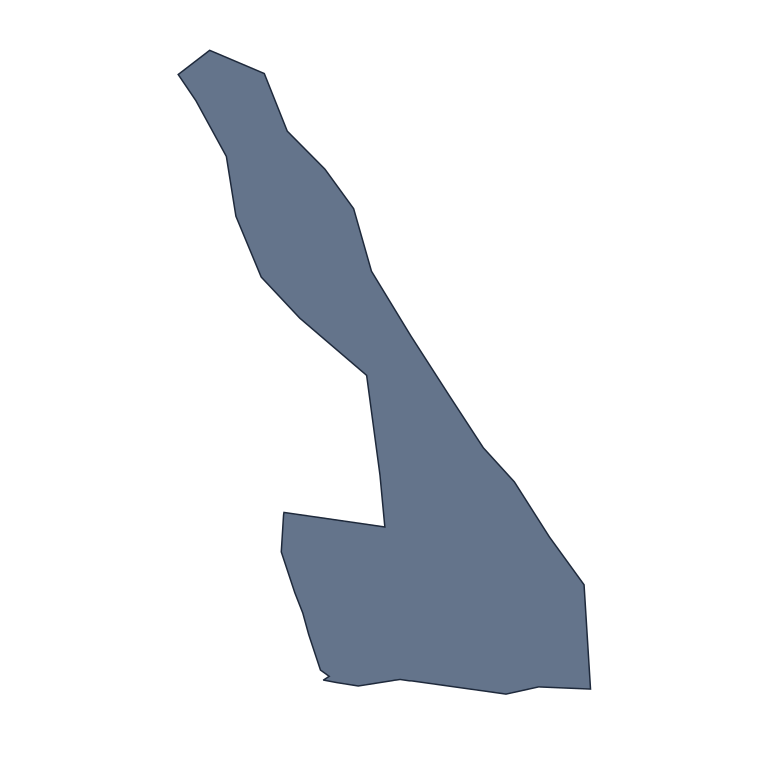 Avaza, Balkan, Turkmenistan (Mercator projection), rotated 189°
{"feature_id": "10190150B47051626377462", "entity_name": "Avaza", "entity_type": "district", "adm_level": 2, "iso_a3": "TKM", "parent_name": "Turkmenistan", "parent_adm1": "Balkan", "projection": "mercator", "projection_center": [52.922, 39.907], "detail": "fine", "context": "isolated", "style": "filled", "palette": "slate", "viewbox_px": 768, "rotation_deg": 189, "n_neighbors": 0, "source": "geoboundaries", "source_scale": "gbopen_adm2", "svg_char_len": 686}
<svg xmlns="http://www.w3.org/2000/svg" viewBox="0 0 768 768"><g transform="rotate(189 384 384)"><path d="M182.3,109.2L132.3,115.0L155.0,217.0L196.7,258.8L239.9,307.7L275.9,336.5L317.6,382.6L365.1,435.8L414.0,493.4L441.4,552.4L475.9,586.9L519.1,618.6L550.8,671.9L608.4,686.3L635.7,657.5L614.1,634.4L575.3,584.1L556.5,526.5L522.0,470.4L477.4,435.8L402.5,389.8L373.7,293.3L360.8,242.9L462.7,241.5L462.7,238.8L459.2,202.1L439.5,164.0L428.4,145.1L419.2,124.8L402.0,91.5L392.4,86.7L397.3,82.3L397.2,82.1L384.1,81.7L362.2,81.7L329.1,92.4L326.7,93.3L326.0,93.4L321.9,94.7L312.6,94.8L310.2,95.1L215.0,96.8L183.7,109.1L182.3,109.2Z" fill="#64748b" stroke="#1e293b" stroke-width="1.5"/></g></svg>